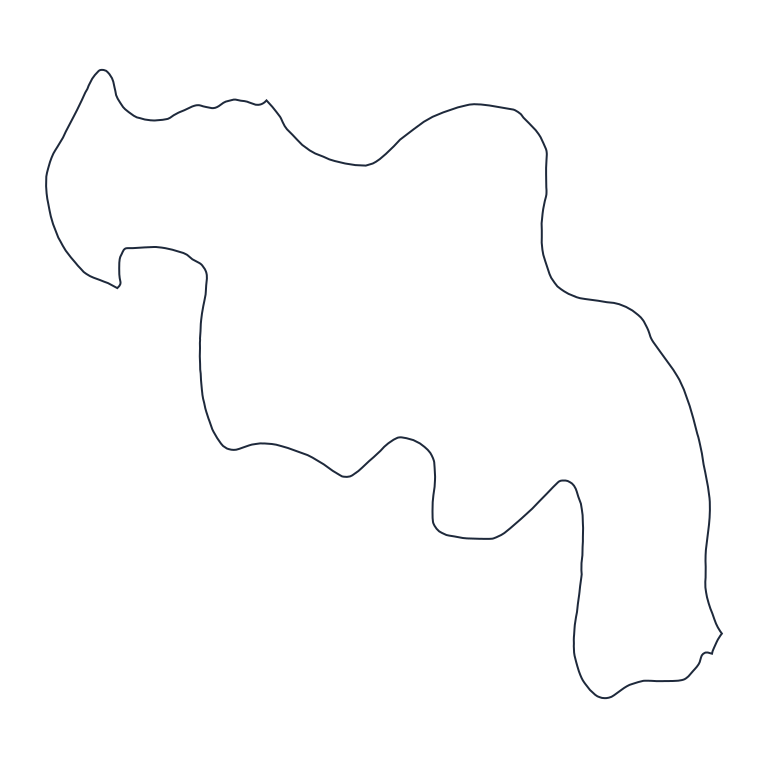 the district of Ly Nhan, Hà Nam, Vietnam
{"feature_id": "81297802B63925273406451", "entity_name": "Ly Nhan", "entity_type": "district", "adm_level": 2, "iso_a3": "VNM", "parent_name": "Vietnam", "parent_adm1": "Hà Nam", "projection": "natural_earth1", "projection_center": [106.086, 20.548], "detail": "fine", "context": "isolated", "style": "outline", "palette": "slate", "viewbox_px": 768, "rotation_deg": 0, "n_neighbors": 0, "source": "geoboundaries", "source_scale": "gbopen_adm2", "svg_char_len": 6062}
<svg xmlns="http://www.w3.org/2000/svg" viewBox="0 0 768 768"><path d="M579.2,594.5L577.9,603.8L577.0,612.0L576.0,617.2L574.8,625.0L574.5,628.8L574.1,634.9L573.9,637.0L573.8,639.8L573.9,643.5L573.8,646.2L574.1,652.6L574.6,655.8L576.2,662.1L577.4,666.4L578.9,671.3L580.3,675.0L581.6,678.0L582.8,680.3L584.1,682.3L585.1,683.7L590.0,690.0L592.5,692.3L595.2,694.8L597.4,696.3L599.7,697.2L601.9,697.9L604.0,698.1L606.4,698.1L608.8,697.7L611.5,696.8L614.1,695.2L621.8,689.6L624.2,687.9L626.8,686.3L629.5,684.9L632.2,684.0L638.2,682.1L643.4,680.8L645.9,680.7L650.9,680.8L656.1,681.1L663.4,681.1L672.7,681.0L678.2,680.7L681.8,680.1L683.3,679.7L684.6,679.2L686.2,678.2L688.5,676.3L692.8,671.3L694.8,669.1L696.8,666.8L698.6,664.3L699.7,662.1L700.6,658.9L701.1,657.2L701.8,655.4L703.1,653.9L704.7,652.9L705.8,652.5L707.1,652.5L707.7,652.5L712.0,653.7L712.6,651.2L713.8,648.3L715.6,644.3L716.7,641.9L717.9,639.5L720.5,635.4L721.9,633.6L720.1,631.1L717.8,627.3L716.0,623.6L714.3,619.1L712.4,613.6L710.4,608.6L708.7,603.4L707.0,597.2L706.1,592.4L705.4,587.4L705.3,581.8L705.6,577.6L705.7,566.9L705.5,561.1L705.6,555.2L705.9,549.9L707.5,536.8L708.3,530.4L709.0,524.6L709.6,517.6L709.9,510.2L709.8,501.8L709.5,498.0L708.0,486.9L705.2,472.1L703.6,464.5L701.9,453.4L700.0,444.4L699.2,440.8L698.3,437.1L697.3,433.9L693.3,418.4L689.7,406.0L683.9,389.6L679.4,379.8L677.1,375.9L673.3,369.8L660.4,352.0L653.3,342.1L652.1,340.2L651.2,338.5L650.4,336.7L649.4,333.5L648.3,330.4L647.1,327.7L643.9,321.5L643.1,320.3L640.9,317.5L638.3,315.1L635.4,312.8L632.4,310.5L626.0,306.9L619.2,304.2L613.8,302.9L606.8,302.2L598.5,300.8L585.1,299.0L580.1,298.2L576.6,297.2L568.6,293.9L564.1,291.3L561.0,289.2L557.4,286.4L554.6,282.8L551.2,277.8L549.5,274.0L545.2,261.0L543.3,254.8L542.4,249.7L541.7,242.7L541.8,237.2L541.8,230.0L541.6,223.4L542.1,218.5L542.6,213.4L543.2,209.1L544.8,201.1L546.0,196.6L546.4,194.5L546.5,192.3L546.5,190.1L546.3,187.3L546.2,181.0L546.1,174.1L546.1,171.1L546.1,167.9L546.5,159.8L546.8,154.8L546.8,153.7L546.7,152.5L546.5,150.9L546.0,149.1L543.5,143.4L540.6,137.2L538.7,134.2L535.7,130.2L528.8,123.0L523.5,117.7L522.6,116.5L521.7,115.2L520.7,114.0L519.6,113.2L518.2,112.1L515.2,110.3L513.5,109.6L489.6,105.5L481.1,104.5L474.1,104.2L469.5,104.6L466.0,105.4L457.8,107.4L443.2,112.4L432.6,116.8L423.8,121.8L414.0,129.0L400.0,139.7L394.0,146.1L385.9,153.9L379.8,159.1L375.9,161.8L372.8,163.5L365.8,165.6L355.4,165.1L345.2,163.5L334.7,161.0L329.4,159.4L323.4,156.7L315.2,153.5L309.7,150.4L302.2,144.9L297.4,140.0L292.5,134.8L287.0,129.3L284.7,126.1L282.8,122.4L281.0,118.4L280.1,116.8L276.3,111.8L272.4,106.9L266.5,100.4L264.6,102.3L262.8,103.5L261.5,104.1L260.3,104.5L258.7,104.8L257.3,104.8L255.6,104.7L249.0,102.4L247.2,101.7L244.4,101.1L240.8,100.7L235.6,99.6L233.7,99.6L230.5,100.4L225.8,101.6L223.4,102.8L218.8,106.1L217.0,107.1L215.2,107.8L213.4,108.1L211.7,108.1L206.1,107.0L203.0,106.3L201.2,105.7L200.0,105.4L199.0,105.2L197.8,105.2L196.3,105.3L194.6,105.7L192.2,106.5L184.4,110.2L179.5,112.2L178.2,112.8L173.6,115.3L170.2,117.7L168.0,118.8L166.7,119.1L162.7,119.8L154.5,120.5L150.6,120.3L144.8,119.5L139.9,118.1L136.9,117.4L133.7,115.7L128.7,112.1L125.1,109.2L123.1,107.1L120.3,102.9L117.7,98.7L116.1,95.1L115.3,90.8L114.6,87.8L113.3,81.7L112.0,78.2L109.4,74.1L107.6,72.1L106.1,70.8L103.7,70.0L102.5,69.9L101.4,69.9L100.6,70.0L99.6,70.3L98.6,71.0L94.9,75.0L92.2,78.7L88.7,85.5L87.4,88.9L85.3,92.5L81.8,100.2L77.1,109.9L73.7,116.5L65.8,131.6L63.0,137.6L57.7,146.4L55.2,150.4L53.4,153.5L51.6,157.6L50.0,162.0L48.9,165.8L48.1,168.6L47.0,172.8L46.3,176.6L46.1,186.2L46.6,193.3L47.3,198.8L48.0,202.3L48.6,205.5L49.6,210.7L50.8,216.3L53.1,224.2L58.3,237.6L60.5,241.5L62.7,245.6L65.7,250.6L70.9,257.4L75.5,262.8L77.8,265.6L81.0,269.0L83.6,271.9L84.8,272.8L86.5,274.0L90.0,276.1L93.6,277.7L99.9,280.0L103.9,281.6L108.0,283.1L117.3,288.1L119.3,286.0L120.2,284.4L120.4,283.7L120.5,282.9L120.5,282.1L119.7,278.1L119.3,274.3L119.2,268.3L119.3,262.7L119.7,259.1L120.3,256.8L121.8,253.8L122.6,252.0L123.8,249.8L124.9,248.8L126.0,248.3L127.9,248.1L133.4,248.1L144.7,247.4L154.0,247.0L156.0,247.0L161.7,247.6L165.5,248.2L172.3,249.7L183.4,253.0L186.1,254.3L187.2,254.9L192.4,259.3L199.7,263.2L201.3,264.4L202.3,265.5L204.9,269.2L205.9,271.4L206.3,272.6L206.6,274.0L206.8,275.0L206.9,278.6L206.2,285.3L205.8,291.9L205.7,293.1L205.6,294.5L204.3,301.2L203.3,306.0L202.0,313.4L201.2,319.7L200.8,323.8L200.5,331.3L200.0,338.5L200.1,339.8L199.9,343.0L200.0,348.2L199.8,356.3L200.1,363.9L200.2,369.5L200.7,373.6L201.0,379.9L201.3,383.4L201.9,389.9L202.3,393.4L202.4,394.6L203.1,398.7L204.1,402.6L205.3,408.3L206.3,411.8L208.5,418.6L209.3,420.7L212.3,429.3L213.5,431.7L217.2,438.1L221.0,443.6L223.1,446.0L226.9,448.5L228.7,449.1L231.3,449.7L233.7,449.9L236.2,449.7L239.1,448.9L243.6,447.3L249.1,445.4L251.8,444.6L255.7,444.0L260.1,443.4L265.1,443.5L271.8,444.0L276.2,444.7L281.7,446.2L287.9,448.0L307.6,455.1L312.5,457.6L317.0,460.3L323.7,464.3L332.7,470.8L339.8,475.1L342.1,476.4L343.8,476.7L346.9,476.9L350.1,476.4L352.2,475.4L358.3,471.1L362.1,467.7L369.1,461.1L373.6,457.2L380.4,450.9L384.2,446.8L388.3,443.3L393.6,439.7L396.8,438.1L398.0,437.6L399.4,437.4L400.5,437.3L401.8,437.4L406.5,438.2L413.4,440.1L419.9,443.4L424.5,446.9L427.7,449.8L430.3,452.9L431.7,455.4L433.0,458.2L433.9,460.8L434.2,462.1L434.6,467.5L435.1,476.8L435.0,480.0L434.6,486.8L433.4,495.2L432.7,502.1L432.5,511.1L432.6,518.0L433.0,522.0L433.4,523.4L434.5,525.7L436.6,528.8L439.1,531.3L441.7,532.8L446.4,535.0L449.2,535.6L454.2,536.4L462.8,538.0L467.0,538.4L479.5,538.8L488.5,538.9L492.2,538.7L493.5,538.4L496.3,537.3L501.2,535.0L504.4,533.0L510.2,528.3L517.7,521.8L521.8,518.2L532.2,508.7L539.9,500.7L546.4,494.1L553.1,487.1L558.1,482.2L559.3,481.3L560.9,480.7L562.6,480.5L565.3,480.5L567.7,481.0L570.0,482.2L572.0,483.5L574.0,485.7L575.7,488.7L576.7,491.4L578.3,496.7L580.9,503.7L581.8,509.2L582.6,515.1L582.9,523.8L583.1,528.0L582.9,537.1L582.9,541.5L582.6,546.8L582.4,555.3L581.5,563.1L581.4,570.4L581.7,574.4L581.3,577.6L580.1,586.3L579.5,592.0L579.2,594.5Z" fill="none" stroke="#1e293b" stroke-width="2"/></svg>